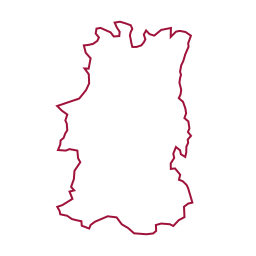 the district of Nova Alvorada, Rio Grande do Sul, Brazil, rotated 277°
{"feature_id": "56859067B88553950142054", "entity_name": "Nova Alvorada", "entity_type": "district", "adm_level": 2, "iso_a3": "BRA", "parent_name": "Brazil", "parent_adm1": "Rio Grande do Sul", "projection": "albers", "projection_center": [-52.161, -28.706], "detail": "fine", "context": "isolated", "style": "outline", "palette": "rose", "viewbox_px": 256, "rotation_deg": 277, "n_neighbors": 0, "source": "geoboundaries", "source_scale": "gbopen_adm2", "svg_char_len": 1710}
<svg xmlns="http://www.w3.org/2000/svg" viewBox="0 0 256 256"><g transform="rotate(277 128 128)"><path d="M34.1,71.3L33.5,78.2L30.8,83.4L30.1,88.8L29.8,93.1L25.4,94.0L23.5,101.7L27.3,102.8L31.0,106.7L37.9,118.6L37.9,127.6L31.6,133.6L28.8,140.2L24.2,146.9L24.8,159.3L26.4,165.8L29.3,168.5L35.1,167.5L37.2,172.6L37.6,181.1L36.3,184.9L42.8,189.7L46.4,194.9L56.7,193.2L60.3,196.9L61.8,201.0L75.6,195.0L78.7,193.0L81.9,188.7L82.8,184.9L88.0,185.5L93.6,179.6L92.6,175.5L98.0,174.7L103.9,177.5L108.0,176.1L115.0,177.9L112.2,182.4L108.4,183.7L106.3,188.3L110.9,188.8L116.5,188.2L120.5,189.5L123.8,188.7L127.9,191.5L131.3,188.0L135.1,189.0L141.9,187.1L144.7,182.8L149.7,183.9L154.5,182.5L160.7,179.4L163.8,174.8L167.9,176.1L172.6,176.1L179.3,173.5L183.6,173.6L187.2,174.1L190.3,172.8L196.7,173.2L201.1,174.7L208.2,175.9L216.0,178.2L219.5,177.4L227.3,179.2L230.3,173.4L230.7,167.5L229.5,163.9L223.6,159.3L232.5,158.4L229.4,149.0L222.9,142.8L223.8,137.9L227.0,134.1L222.7,132.3L218.2,134.4L215.0,133.3L211.6,131.1L209.5,126.6L209.0,122.4L213.2,120.8L216.6,119.8L220.0,118.6L223.6,119.0L226.9,120.2L230.3,118.2L231.6,112.6L232.5,107.1L231.0,101.9L226.5,104.6L222.5,108.0L218.2,108.1L217.1,102.7L220.8,99.1L222.6,93.1L224.0,88.6L222.8,84.6L217.9,84.4L214.3,88.1L210.7,86.9L207.2,83.0L205.5,78.1L204.6,74.1L197.5,76.9L192.6,82.4L182.1,81.7L181.8,77.6L176.6,82.5L167.5,84.0L160.4,81.7L151.3,76.0L141.2,55.0L137.1,60.3L134.0,66.1L127.9,64.9L124.8,66.7L118.3,68.0L115.0,66.4L110.3,65.3L107.4,62.6L103.4,62.8L97.6,61.2L98.0,69.0L99.9,72.5L99.4,80.5L92.0,82.1L88.2,84.8L79.0,80.1L70.7,80.5L62.6,78.7L59.5,82.2L57.8,77.7L50.9,81.5L43.5,72.3L41.1,67.4L37.5,70.1L34.1,71.3Z" fill="none" stroke="#9f1239" stroke-width="2"/></g></svg>